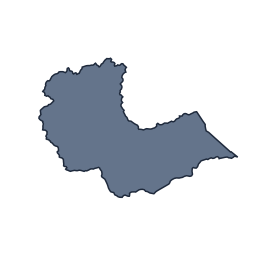 Kuala Kangsar, Perak, Malaysia, rotated 236°
{"feature_id": "92858781B74262532069256", "entity_name": "Kuala Kangsar", "entity_type": "district", "adm_level": 2, "iso_a3": "MYS", "parent_name": "Malaysia", "parent_adm1": "Perak", "projection": "robinson", "projection_center": [101.145, 4.799], "detail": "fine", "context": "isolated", "style": "filled", "palette": "slate", "viewbox_px": 256, "rotation_deg": 236, "n_neighbors": 0, "source": "geoboundaries", "source_scale": "gbopen_adm2", "svg_char_len": 5362}
<svg xmlns="http://www.w3.org/2000/svg" viewBox="0 0 256 256"><g transform="rotate(236 128 128)"><path d="M75.2,82.4L73.8,84.4L74.3,85.6L74.4,87.0L74.0,88.1L72.8,88.9L71.4,89.9L70.7,91.0L71.6,92.0L73.0,92.7L73.1,94.8L72.6,95.8L71.6,97.4L70.6,98.6L70.6,99.5L70.6,100.7L70.6,102.5L70.0,104.2L69.1,105.7L67.7,107.0L65.7,107.2L64.5,108.5L61.9,109.8L59.0,112.7L59.6,115.5L59.6,116.9L59.5,118.9L59.3,121.7L58.7,130.5L59.3,132.1L60.2,133.1L60.6,135.0L60.5,136.6L60.3,138.3L59.5,140.3L57.9,142.4L57.2,144.2L56.6,145.6L56.4,147.7L55.7,149.9L54.7,150.9L53.3,152.3L52.8,154.0L53.6,155.6L55.5,156.5L56.5,157.0L57.7,158.0L58.6,158.7L58.7,160.0L57.4,161.1L56.6,162.2L57.0,164.0L58.7,166.3L59.4,168.9L59.9,170.3L59.5,171.6L58.8,174.1L58.4,175.6L57.2,176.6L57.2,178.0L56.8,180.3L55.6,181.0L54.9,182.2L54.7,183.7L54.7,185.1L54.2,186.2L52.7,186.7L51.6,186.4L51.3,187.5L50.7,188.9L50.1,190.4L49.5,191.9L48.9,193.2L48.3,194.1L46.9,194.9L46.1,195.9L45.0,196.9L44.9,198.9L45.1,200.2L44.3,201.3L42.5,202.7L50.6,200.2L50.7,199.6L70.5,194.6L79.4,192.4L81.8,191.2L83.7,191.8L84.8,192.3L86.4,193.0L87.8,194.0L91.9,193.9L103.1,194.0L103.6,193.0L103.8,192.5L104.2,191.6L104.2,190.0L104.6,187.9L104.6,186.6L105.2,185.5L106.2,184.8L107.2,184.3L108.1,183.4L108.5,182.2L108.3,180.8L107.7,179.5L108.4,178.4L108.7,177.9L109.2,177.4L107.9,176.7L107.8,175.4L108.3,173.7L108.2,172.2L107.8,171.2L107.6,170.2L107.8,169.2L108.4,168.4L109.3,167.9L109.7,164.7L109.8,163.4L110.9,162.2L111.7,161.0L111.7,159.8L111.8,158.1L112.5,156.8L113.3,155.9L114.4,155.6L115.2,155.3L115.1,153.8L114.3,153.3L113.4,152.6L113.3,151.3L113.2,150.1L113.7,148.8L113.9,147.7L114.3,146.4L115.2,145.2L116.2,144.0L117.0,143.1L117.4,141.9L117.5,140.9L117.8,139.7L119.2,138.5L119.7,137.9L120.4,137.1L120.9,136.2L121.9,136.3L123.2,137.3L125.0,137.4L126.0,136.8L127.1,136.2L128.1,135.7L129.4,135.2L130.3,134.9L131.1,134.6L132.0,134.3L133.3,132.7L134.6,132.4L137.1,133.0L138.0,132.9L139.3,132.6L140.9,132.9L143.0,133.1L144.1,133.3L144.8,134.6L145.6,134.6L146.5,134.3L148.2,134.4L149.8,134.4L151.0,135.0L151.8,136.0L152.1,137.8L153.6,137.7L154.1,137.7L154.8,138.1L155.4,138.6L155.9,139.1L156.5,139.8L156.4,140.6L156.9,141.2L158.0,140.8L158.6,140.8L159.4,140.7L160.0,140.0L161.1,140.2L161.8,141.0L162.1,141.8L162.8,142.0L163.4,142.4L163.9,143.6L164.0,144.4L164.8,145.3L165.2,145.8L166.2,146.3L167.4,146.4L168.3,146.1L169.0,146.4L169.2,147.6L169.5,149.1L169.9,150.2L170.7,150.8L171.6,151.2L172.6,151.1L173.4,151.1L173.8,151.6L174.3,152.0L174.8,152.7L175.4,153.9L175.7,155.2L175.8,156.8L175.5,157.4L176.6,157.8L177.5,157.9L178.0,158.2L178.9,159.6L179.2,160.6L182.7,159.7L184.1,159.7L184.8,158.9L184.9,157.7L184.7,157.0L184.6,156.1L185.0,155.6L185.5,155.2L186.1,154.7L186.0,154.2L185.9,153.5L186.3,152.7L186.6,151.6L187.2,151.6L187.6,151.8L188.0,152.2L188.8,153.2L189.6,153.2L190.0,153.1L190.5,152.8L191.0,152.5L191.7,151.6L192.2,151.0L192.9,151.0L193.6,152.1L194.1,152.8L194.9,152.6L195.6,152.5L195.8,151.4L196.6,150.2L197.4,149.3L197.3,148.8L197.3,148.2L197.1,146.6L196.8,145.9L196.2,144.2L195.8,143.6L195.7,142.8L195.9,141.7L195.5,141.0L195.2,140.3L194.9,139.6L194.6,138.7L195.0,138.1L196.1,138.1L196.8,137.9L197.5,137.4L198.2,137.4L199.2,137.4L199.9,137.3L199.9,136.2L199.6,135.3L199.7,134.4L199.9,133.8L200.5,133.0L200.9,132.0L201.3,130.9L202.1,129.8L202.9,128.3L204.1,124.1L203.5,123.6L202.7,122.6L202.5,121.3L202.1,120.5L200.6,118.1L201.0,117.4L200.9,116.4L201.1,115.6L202.4,115.8L202.9,115.6L203.2,114.9L203.2,113.8L203.3,113.0L204.1,112.8L204.8,113.1L206.1,113.3L206.9,112.8L207.7,111.9L208.8,111.8L209.6,112.3L211.1,112.3L211.4,111.2L210.9,110.4L210.0,109.9L209.3,109.0L209.1,108.4L208.9,107.1L209.9,106.3L210.2,106.2L211.2,105.4L212.2,103.9L212.7,103.1L213.1,102.0L212.6,100.8L212.7,99.4L213.3,98.1L213.5,96.9L213.4,95.2L213.2,93.6L212.5,92.3L211.8,91.0L211.2,89.9L211.2,88.8L212.0,88.1L212.0,86.8L211.6,85.7L211.3,85.2L210.4,84.1L209.3,83.7L208.8,83.0L208.2,81.9L207.7,81.5L206.5,80.3L206.5,79.1L205.9,77.7L205.6,77.8L204.8,78.4L203.7,78.5L202.0,77.8L201.6,77.3L199.8,78.4L199.5,79.7L198.2,80.0L196.9,80.6L195.4,80.4L194.6,81.1L193.6,81.8L192.0,81.6L191.6,79.8L191.4,78.6L191.1,77.0L191.4,76.1L191.8,75.2L191.2,73.9L191.5,72.8L192.4,70.5L192.2,68.8L192.0,67.4L191.9,66.4L191.6,65.2L190.6,64.6L189.9,64.3L189.0,63.8L187.9,63.4L187.4,62.1L187.0,60.6L185.9,59.6L184.5,59.6L183.3,60.0L181.1,61.1L180.4,60.5L178.8,60.2L177.3,58.6L175.4,57.4L174.2,56.2L173.6,56.7L172.6,58.1L171.2,58.7L169.9,58.8L169.4,58.1L168.0,57.3L167.7,56.2L167.0,55.3L165.5,55.2L164.7,54.1L163.8,54.5L162.7,55.8L161.6,55.7L160.5,56.3L159.5,56.0L157.8,56.8L156.5,56.9L155.0,57.1L153.7,57.8L152.0,59.2L150.5,59.1L149.2,58.4L147.9,57.6L148.0,56.2L147.1,55.6L145.0,55.8L143.7,55.8L142.4,54.8L141.5,55.2L140.3,56.4L138.2,56.9L135.8,55.5L134.2,54.7L132.7,53.5L131.8,53.7L130.6,55.1L129.2,55.1L128.8,53.3L127.8,53.5L126.6,54.5L125.3,55.3L124.3,56.0L123.7,57.8L122.8,60.0L121.7,61.1L120.9,62.2L120.3,64.0L119.1,65.3L118.0,66.2L116.6,67.4L116.4,68.9L115.5,69.9L115.1,72.1L115.0,73.8L114.4,75.1L113.3,76.4L113.1,77.9L112.5,79.4L111.8,81.6L110.7,82.1L109.3,81.8L108.0,81.9L107.0,82.0L105.2,81.2L104.1,80.5L103.1,79.2L101.8,79.0L100.3,79.6L98.4,80.2L96.9,80.0L94.9,79.7L93.1,79.4L91.2,78.9L89.0,78.2L86.9,78.0L84.9,78.0L83.3,79.2L82.5,80.1L80.0,79.7L78.7,80.5L77.8,81.0L77.3,81.0L76.3,81.5L75.9,81.9L75.2,82.4Z" fill="#64748b" stroke="#1e293b" stroke-width="1.5"/></g></svg>